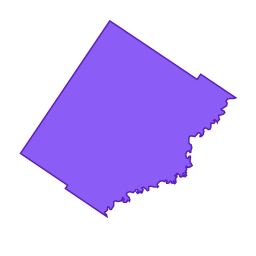 Jones, South Dakota, United States of America (Mercator projection), rotated 304°
{"feature_id": "52423323B31695070562540", "entity_name": "Jones", "entity_type": "district", "adm_level": 2, "iso_a3": "USA", "parent_name": "United States of America", "parent_adm1": "South Dakota", "projection": "mercator", "projection_center": [-100.738, 43.939], "detail": "fine", "context": "isolated", "style": "filled", "palette": "violet", "viewbox_px": 256, "rotation_deg": 304, "n_neighbors": 0, "source": "geoboundaries", "source_scale": "gbopen_adm2", "svg_char_len": 2697}
<svg xmlns="http://www.w3.org/2000/svg" viewBox="0 0 256 256"><g transform="rotate(304 128 128)"><path d="M206.6,53.0L46.8,53.1L46.8,109.9L42.8,109.9L42.7,160.1L44.1,158.6L44.3,157.2L44.6,155.8L45.5,155.8L46.8,156.5L48.6,156.8L50.0,155.9L51.3,155.2L51.4,155.6L51.8,156.2L51.4,157.4L50.6,157.9L50.8,159.5L51.6,159.8L53.0,159.6L55.1,159.8L57.4,158.4L58.7,157.4L61.1,158.7L61.0,160.1L62.3,161.7L64.0,163.4L65.9,162.9L67.3,162.5L67.4,163.3L66.7,164.7L65.3,164.4L64.1,165.3L64.2,166.3L65.3,168.0L66.5,168.4L67.8,168.0L68.2,169.6L68.1,170.2L69.5,169.6L71.0,167.7L71.5,164.8L72.8,163.3L75.0,164.1L76.4,165.5L77.3,168.4L79.6,169.1L81.0,169.0L82.1,170.4L81.7,171.5L80.1,171.7L79.7,171.1L79.0,172.3L80.4,173.4L81.9,173.4L82.7,174.6L81.6,174.8L81.7,175.6L82.4,175.8L85.4,175.0L86.2,173.0L87.6,174.0L87.5,175.7L87.2,177.8L86.9,179.3L88.3,179.9L89.2,179.0L91.2,177.9L92.4,179.4L94.0,183.1L95.5,184.9L95.4,185.8L96.6,185.9L96.6,185.0L97.6,183.6L99.3,183.8L101.6,184.3L103.5,185.8L103.5,186.7L104.2,188.4L105.7,188.2L106.1,189.4L105.8,190.3L104.5,190.1L103.8,191.0L104.6,192.1L105.7,192.7L106.8,192.7L107.7,192.9L108.1,193.7L107.3,194.8L106.8,194.7L107.0,195.5L108.5,196.2L109.7,195.8L109.7,196.6L108.5,197.0L107.8,196.8L107.9,197.9L109.7,198.2L112.8,195.6L113.9,195.8L114.9,195.8L115.3,195.1L114.9,194.3L114.4,194.1L114.9,193.4L115.7,194.4L116.7,194.9L117.2,194.2L117.2,193.8L117.8,194.1L117.9,195.1L118.0,197.1L116.8,197.9L116.9,199.4L118.3,200.1L119.7,202.7L121.6,203.0L121.9,201.4L119.8,200.6L119.4,199.5L120.3,199.3L121.0,199.1L122.5,199.7L122.8,200.7L123.0,201.5L123.5,201.6L123.9,200.9L124.4,199.7L125.9,200.0L127.5,198.9L127.9,197.8L128.3,197.6L129.0,197.9L129.2,199.0L128.8,199.5L129.7,200.8L130.8,201.5L131.7,201.8L132.8,202.2L133.8,200.3L134.4,198.6L136.3,197.3L138.7,196.2L139.4,195.3L138.7,194.5L137.7,194.5L136.5,194.7L135.9,193.5L137.0,191.9L138.8,190.4L141.6,190.1L143.1,191.2L143.0,192.9L142.4,193.0L143.0,193.6L144.7,192.6L147.4,191.9L149.3,189.8L149.3,187.2L151.3,185.6L152.9,184.7L153.6,184.0L155.4,183.7L156.8,184.8L158.3,188.2L161.0,188.7L163.4,188.8L163.7,190.0L163.7,191.0L162.8,192.6L161.6,192.1L161.1,192.5L161.4,193.0L162.2,193.5L164.5,194.0L167.7,192.8L168.8,191.3L171.1,191.7L171.7,193.7L171.6,195.5L172.8,196.6L174.6,196.4L176.6,195.2L178.4,194.0L178.9,195.1L180.2,196.7L181.7,196.7L182.2,195.9L182.0,194.7L183.1,194.8L183.6,195.9L183.2,197.6L182.5,198.9L183.2,198.6L186.3,199.0L187.5,197.3L189.4,196.1L190.5,197.5L193.2,199.5L195.0,199.6L195.8,197.9L195.3,195.7L195.6,194.6L196.9,195.3L198.8,196.1L201.6,197.3L204.2,196.2L204.9,194.3L207.1,194.1L208.9,195.3L211.7,199.3L213.3,200.5L213.2,158.2L206.9,158.2L206.6,53.0Z" fill="#8b5cf6" stroke="#5b21b6" stroke-width="1.5"/></g></svg>